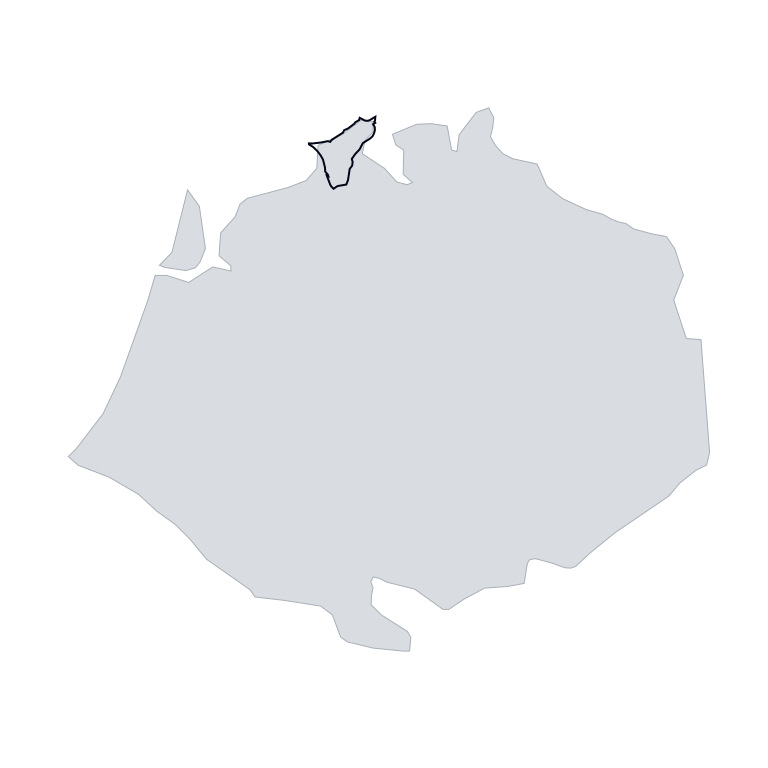 Western on a map of Sierra Leone (Natural Earth projection), rotated 86°
{"feature_id": "SLE-761", "entity_name": "Western", "entity_type": "Province", "adm_level": 1, "iso_a3": "SLE", "parent_name": "Sierra Leone", "parent_adm1": "", "projection": "natural_earth1", "projection_center": [-13.113, 8.336], "detail": "coarse", "context": "in_parent", "style": "outline", "palette": "ink", "viewbox_px": 768, "rotation_deg": 86, "n_neighbors": 0, "source": "natural_earth", "source_scale": "10m", "svg_char_len": 2328}
<svg xmlns="http://www.w3.org/2000/svg" viewBox="0 0 768 768"><g transform="rotate(86 384 384)"><path d="M652.2,377.1L651.8,383.5L646.7,413.2L638.7,438.6L633.4,444.9L610.7,451.6L601.1,462.8L592.8,499.0L587.5,527.4L579.7,532.2L546.5,573.2L524.7,588.8L509.5,602.1L495.1,619.5L477.0,636.5L457.6,665.0L443.8,694.7L434.3,704.0L427.2,695.6L394.0,666.3L359.0,646.6L284.5,613.9L259.7,604.7L260.6,593.0L269.1,571.8L255.3,546.8L260.6,528.7L255.3,528.6L244.6,539.6L221.9,536.4L206.8,520.8L194.5,515.1L189.2,507.3L181.3,466.1L175.6,447.5L164.2,436.0L141.4,433.1L132.0,408.0L119.3,388.6L121.4,376.6L131.7,377.3L139.8,386.0L152.8,389.6L168.9,368.5L183.4,357.1L186.8,347.1L185.0,341.7L176.2,350.2L152.2,348.0L146.2,355.6L135.5,358.1L127.2,333.4L127.6,318.9L131.0,303.0L155.3,300.2L157.3,295.1L140.5,291.6L119.5,273.1L115.8,260.3L126.2,255.9L136.1,257.8L144.8,260.6L154.1,256.0L162.9,249.0L168.2,240.0L175.3,215.9L198.0,207.8L211.4,193.1L224.1,170.2L229.9,154.1L235.2,146.0L238.5,139.1L240.9,131.4L246.6,124.4L252.6,107.4L256.7,91.9L269.7,84.4L296.5,77.8L320.6,89.1L359.7,79.3L361.8,64.7L397.6,64.5L439.9,64.2L475.2,64.0L487.4,67.9L491.8,78.8L503.4,95.8L515.6,107.6L530.7,133.4L548.2,163.5L567.2,190.6L579.3,205.4L580.7,210.5L579.9,216.4L573.9,230.2L568.8,245.1L569.3,250.7L572.9,253.5L592.7,258.2L594.6,274.8L594.6,297.9L604.3,319.4L613.4,335.2L613.0,340.8L590.7,367.8L582.0,394.6L577.6,402.1L575.8,408.1L580.3,411.0L586.4,409.2L595.1,411.4L603.4,412.2L614.3,402.6L632.4,378.0L638.5,374.9L652.2,377.1ZM252.5,594.3L249.9,599.7L238.0,586.4L176.6,566.4L193.9,555.8L236.6,552.7L249.2,558.9L254.9,564.0L257.0,573.8L252.5,594.3Z" fill="#d9dde1" stroke="#a8b0b8" stroke-width="1"/><path d="M172.2,426.5L172.9,425.0L171.3,425.4L168.0,427.8L163.7,427.8L155.9,429.2L151.8,431.1L146.9,434.3L142.5,438.3L139.8,442.1L138.7,442.1L139.1,438.8L138.7,430.0L137.8,423.1L138.7,420.8L136.6,418.8L130.4,407.4L128.0,406.0L126.7,402.2L122.2,395.3L120.9,394.4L119.0,390.4L116.8,389.7L120.0,384.4L120.3,381.7L119.8,379.8L116.8,374.0L120.6,374.6L121.7,375.4L122.9,374.5L124.1,376.8L127.1,375.3L130.3,375.4L133.5,376.6L136.3,378.3L138.5,381.3L142.2,388.3L148.3,392.0L152.6,396.7L157.2,400.4L160.4,399.8L163.9,400.5L167.0,403.2L178.1,405.7L182.4,407.7L183.3,416.5L185.7,420.7L183.2,422.9L181.2,423.8L172.2,426.5Z" fill="none" stroke="#020617" stroke-width="2"/></g></svg>